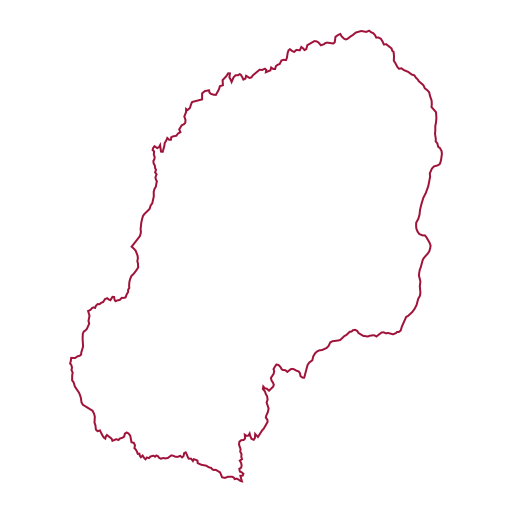 the district of Campos Lindos, Tocantins, Brazil
{"feature_id": "56859067B95125652418549", "entity_name": "Campos Lindos", "entity_type": "district", "adm_level": 2, "iso_a3": "BRA", "parent_name": "Brazil", "parent_adm1": "Tocantins", "projection": "equal_earth", "projection_center": [-46.841, -8.215], "detail": "fine", "context": "isolated", "style": "outline", "palette": "rose", "viewbox_px": 512, "rotation_deg": 0, "n_neighbors": 0, "source": "geoboundaries", "source_scale": "gbopen_adm2", "svg_char_len": 5971}
<svg xmlns="http://www.w3.org/2000/svg" viewBox="0 0 512 512"><path d="M304.2,377.7L307.6,364.9L309.4,362.4L312.3,360.3L313.3,356.3L315.0,353.4L317.0,351.5L319.5,350.3L321.9,350.1L326.6,348.0L328.6,345.9L330.3,342.3L332.7,341.2L338.1,340.5L340.2,340.0L344.3,336.1L346.5,334.9L349.8,331.7L351.5,331.6L353.0,330.2L355.0,329.8L357.2,330.9L358.6,333.1L363.3,335.9L367.9,336.5L369.5,335.8L372.8,335.3L374.4,335.3L376.4,336.5L381.4,332.6L383.5,332.3L386.2,333.4L387.8,332.9L393.1,334.3L395.9,333.1L397.2,331.9L398.8,332.0L400.7,330.5L401.9,326.5L406.2,316.9L408.1,315.9L412.3,312.0L414.8,308.5L416.6,304.9L418.2,298.8L419.9,295.8L420.4,292.8L419.8,286.3L420.4,281.5L418.9,275.4L419.3,272.2L419.9,269.3L420.7,267.5L422.7,260.0L423.8,258.0L427.8,253.5L429.3,251.3L430.2,248.1L430.6,245.7L429.6,242.8L426.4,237.2L424.9,235.4L422.6,235.4L419.4,234.1L417.6,231.7L416.4,228.7L416.1,226.2L416.2,222.7L418.4,218.6L419.5,214.7L420.1,209.6L421.3,204.5L423.3,197.9L425.9,192.8L428.3,186.0L430.1,176.8L429.8,173.4L431.9,168.6L434.0,166.4L437.6,165.4L439.6,164.2L440.5,162.2L441.1,159.5L441.9,154.0L441.6,151.1L439.9,148.0L438.1,146.7L437.4,143.4L435.7,141.4L435.8,138.9L435.0,133.7L435.3,130.7L435.3,125.7L435.9,123.2L436.4,118.2L436.0,112.2L431.5,107.0L431.8,104.3L431.6,100.5L430.0,95.9L429.2,92.3L427.3,90.2L424.8,88.3L423.4,85.2L418.9,81.3L417.5,79.2L415.9,77.7L414.3,75.3L411.8,74.6L408.2,71.9L403.7,70.0L401.4,68.3L399.1,68.8L397.4,67.0L395.3,63.0L393.8,60.7L394.0,56.4L393.6,51.9L392.3,50.8L391.5,48.4L386.2,44.2L383.9,44.5L382.6,41.6L380.8,38.7L378.3,37.5L376.2,37.6L375.1,35.3L373.3,33.2L371.2,32.3L369.1,30.7L366.3,31.9L361.2,31.0L355.7,32.6L352.9,35.0L350.5,36.5L347.1,39.1L345.6,39.4L343.8,38.5L341.6,36.3L340.3,34.0L338.2,34.9L335.5,36.8L334.7,42.3L333.3,43.5L327.1,42.6L325.2,43.1L324.0,44.2L320.9,45.3L318.3,42.3L316.3,41.3L314.4,41.1L307.3,45.2L306.3,49.1L304.5,50.1L303.4,48.6L301.3,47.0L299.8,50.3L296.4,49.9L294.2,51.9L292.1,51.0L289.9,49.2L288.5,50.4L287.6,53.2L287.0,57.5L286.0,60.1L283.6,59.8L281.4,60.5L279.7,64.0L277.6,64.8L275.9,66.1L275.1,69.0L273.2,69.0L271.2,67.5L270.4,70.4L265.9,72.2L266.3,69.9L264.9,68.7L262.1,70.0L259.6,69.7L252.8,75.4L251.5,77.3L249.7,78.0L246.1,75.8L245.4,78.6L243.4,79.6L242.4,77.4L241.1,75.2L239.8,74.1L238.1,75.2L235.5,75.3L233.6,77.3L231.6,82.0L230.4,79.1L229.4,77.5L229.9,73.4L228.2,73.3L226.3,76.2L222.6,80.1L222.9,85.2L219.9,86.2L218.9,89.4L215.9,94.9L213.6,94.7L211.0,93.9L209.5,92.6L209.0,90.3L204.8,91.1L202.1,93.4L202.1,99.4L192.1,102.0L191.1,104.2L189.9,108.0L187.5,110.1L186.1,109.0L186.1,112.0L184.3,116.5L185.5,120.0L185.3,122.7L184.1,124.1L181.7,125.3L179.2,129.4L180.4,132.2L178.1,133.4L176.4,135.7L172.7,136.5L171.2,137.3L171.0,139.7L169.2,139.8L167.3,138.0L166.3,140.4L164.7,143.1L164.4,145.6L162.7,151.8L161.0,151.6L160.1,145.1L159.1,147.0L157.2,148.1L154.5,146.2L153.2,147.9L152.6,150.0L154.1,151.4L153.8,154.6L154.7,157.0L154.4,159.2L153.4,160.8L153.6,163.4L154.8,165.5L155.1,168.0L156.0,169.8L155.1,172.4L156.6,174.3L155.4,177.3L155.9,179.6L156.9,181.4L156.3,183.8L155.9,186.5L154.5,188.9L153.7,191.7L153.8,196.4L152.3,203.2L150.6,205.6L149.6,208.9L144.3,214.1L143.0,216.0L142.3,218.2L141.3,222.6L140.6,229.2L140.9,231.8L140.6,233.9L139.7,236.4L131.6,246.7L133.8,248.6L135.6,250.6L137.5,255.4L137.9,258.3L137.3,261.1L137.9,263.2L138.2,267.4L136.2,270.5L133.5,274.0L131.4,276.0L130.3,278.6L129.4,281.8L129.1,285.5L129.3,288.0L128.2,289.5L128.1,292.0L126.5,294.7L125.6,297.4L123.8,297.9L121.7,297.9L119.7,300.0L117.4,300.4L115.5,301.2L114.5,299.6L114.1,297.0L112.5,296.8L110.4,300.2L108.8,299.5L107.2,298.2L105.0,299.1L103.1,302.1L101.0,302.9L99.7,304.1L97.6,304.1L95.9,305.8L95.1,307.9L93.5,307.4L92.0,308.1L90.5,309.9L88.1,311.0L89.5,315.7L88.5,320.9L89.2,323.7L86.8,329.0L85.3,330.5L83.8,331.5L82.8,333.7L82.6,338.8L83.1,346.5L81.3,352.4L81.1,354.6L79.8,355.7L77.4,356.4L75.1,358.0L71.2,357.9L70.7,361.5L70.1,363.5L71.3,364.9L72.0,367.7L71.5,369.9L72.7,372.8L72.2,375.0L72.1,380.3L73.6,382.3L74.9,386.6L79.0,392.7L80.0,395.1L80.9,398.0L81.5,402.4L82.9,404.8L92.6,410.8L94.1,413.9L94.8,416.7L94.5,422.6L95.4,425.2L95.9,429.6L97.6,431.2L99.9,430.4L102.5,435.6L103.9,437.6L105.3,438.6L105.9,436.4L106.9,435.0L111.6,438.7L112.4,440.8L116.2,439.2L118.5,440.0L119.9,438.5L122.1,437.9L124.1,436.7L124.9,433.6L126.7,432.5L128.4,433.4L130.2,435.6L131.5,442.3L133.8,442.8L135.0,445.4L134.4,448.1L135.8,449.6L137.0,451.7L137.7,453.8L139.4,453.7L139.8,455.7L140.9,457.2L142.6,455.5L144.1,457.9L145.5,459.3L146.9,457.5L149.0,458.1L150.4,456.5L153.4,455.7L155.0,456.7L156.3,455.5L157.9,456.2L159.3,458.0L160.9,458.7L163.1,458.0L165.4,458.4L167.8,458.0L171.3,455.4L173.4,455.8L174.9,456.6L176.4,456.8L178.0,456.8L180.1,455.8L182.1,457.4L183.6,456.0L184.1,453.2L185.7,452.4L186.9,454.7L187.7,456.9L188.7,458.7L191.1,458.7L192.9,461.0L193.8,459.2L195.7,459.8L197.5,460.7L197.7,463.1L201.4,464.8L206.3,465.7L208.8,467.3L211.2,467.9L212.2,469.3L213.8,470.0L215.7,469.8L220.1,472.4L222.1,477.3L225.0,477.9L227.7,476.8L232.0,476.7L233.7,477.5L234.7,479.1L236.5,478.6L238.3,479.4L240.0,480.7L241.9,481.3L240.4,475.8L242.7,475.6L243.4,473.8L241.7,472.3L239.9,471.6L239.3,468.8L241.2,467.6L241.6,465.4L241.2,463.1L239.8,460.6L242.0,459.2L241.3,456.8L241.5,454.0L240.2,451.7L240.6,449.2L239.0,444.6L239.4,441.7L241.2,440.2L243.6,440.0L245.1,438.5L244.8,434.7L246.6,435.9L248.4,435.6L249.6,433.5L250.2,435.9L251.5,438.8L253.7,439.8L254.9,438.0L255.2,434.0L257.9,437.0L262.2,430.3L263.7,428.7L267.6,421.9L267.3,419.5L265.8,417.7L266.3,415.5L267.8,412.2L268.6,408.5L266.6,402.5L267.6,399.7L267.1,396.3L265.8,394.0L265.0,391.5L262.9,389.0L263.3,386.5L264.8,388.3L267.0,388.8L269.0,390.7L273.2,386.6L273.8,384.7L272.8,382.3L271.7,380.9L270.9,377.9L273.6,373.9L274.2,371.2L273.5,369.2L274.7,367.0L276.4,364.5L278.5,365.0L280.6,367.2L281.6,369.2L282.9,370.0L285.4,370.2L287.3,371.9L290.9,369.1L292.7,368.9L294.2,369.4L296.4,370.7L298.6,371.4L299.9,373.0L300.5,376.1L302.6,377.7L304.2,377.7Z" fill="none" stroke="#9f1239" stroke-width="2"/></svg>